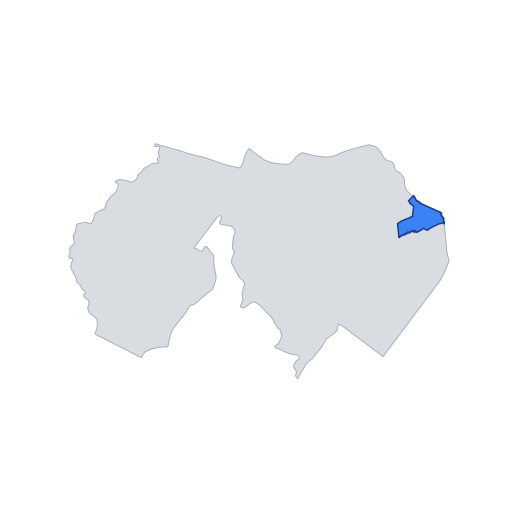 location of Sesheke, Western, Zambia, rotated 217°
{"feature_id": "96606910B16407097160512", "entity_name": "Sesheke", "entity_type": "district", "adm_level": 2, "iso_a3": "ZMB", "parent_name": "Zambia", "parent_adm1": "Western", "projection": "natural_earth1", "projection_center": [23.989, -16.932], "detail": "fine", "context": "in_parent", "style": "filled", "palette": "blue", "viewbox_px": 512, "rotation_deg": 217, "n_neighbors": 0, "source": "geoboundaries", "source_scale": "gbopen_adm2", "svg_char_len": 6863}
<svg xmlns="http://www.w3.org/2000/svg" viewBox="0 0 512 512"><g transform="rotate(217 256 256)"><path d="M326.3,337.6L307.9,337.6L301.2,339.3L295.7,341.9L289.1,346.0L285.3,348.8L284.3,350.3L283.7,353.8L283.7,359.1L283.0,362.9L281.0,366.4L271.1,370.6L264.5,374.1L258.1,378.2L253.3,383.5L249.9,390.0L244.4,398.1L232.9,412.6L226.3,415.3L220.7,414.7L214.0,411.7L208.7,411.1L204.7,413.0L201.1,412.4L197.8,409.3L195.0,408.2L192.7,409.1L189.8,408.9L184.5,407.3L179.9,402.1L177.4,400.0L175.5,399.2L170.0,398.3L157.5,397.1L144.4,399.7L132.9,402.3L121.2,390.8L109.9,378.6L107.5,375.6L103.2,371.5L100.2,369.5L99.0,368.5L95.9,357.7L94.2,347.7L94.0,252.1L145.6,252.1L148.9,251.7L149.0,250.7L146.6,245.6L146.8,243.8L147.4,240.3L149.7,233.4L149.8,231.1L148.8,223.5L148.9,219.3L149.4,210.8L149.1,207.9L150.3,204.1L150.7,201.6L151.2,200.5L150.6,197.6L149.6,187.5L149.0,183.2L152.1,183.9L153.1,186.0L153.7,188.2L155.1,188.4L158.8,189.7L160.0,191.6L160.9,195.6L160.4,197.7L159.2,199.4L160.4,200.9L162.8,201.9L164.3,201.6L168.4,198.8L172.3,197.8L174.2,197.1L182.8,195.2L184.5,194.3L185.6,194.3L186.5,195.1L185.7,197.9L185.5,200.5L186.5,205.3L187.3,207.5L189.1,209.2L190.4,210.0L191.8,211.8L194.8,211.5L201.3,213.9L203.3,215.0L206.0,216.2L208.0,216.6L214.7,217.5L221.8,218.8L225.5,218.9L228.2,218.6L230.0,217.9L231.1,217.1L231.6,216.5L234.3,207.3L235.7,206.6L237.5,206.1L238.5,207.0L239.7,212.7L244.8,217.9L246.5,222.3L247.8,226.0L248.9,227.1L250.9,228.4L254.0,228.8L256.8,228.9L270.6,235.3L272.1,236.5L273.8,239.9L274.8,243.7L275.9,246.8L277.7,247.3L279.3,247.6L280.8,249.7L282.0,251.5L286.1,259.0L286.6,262.0L288.6,264.0L291.3,264.8L293.8,265.0L295.2,264.1L298.8,262.5L301.6,260.7L303.6,260.1L304.8,260.5L305.7,261.7L306.3,265.5L308.2,266.7L309.7,266.2L310.2,264.8L310.3,264.0L310.5,224.8L309.2,225.0L307.6,226.1L303.9,226.3L302.5,227.1L302.0,228.4L302.3,230.0L302.4,232.2L301.8,233.3L300.2,233.7L297.9,232.8L293.7,231.7L290.2,231.0L287.7,228.1L284.3,223.6L282.1,221.4L276.7,216.8L275.8,215.8L274.1,213.6L272.8,210.0L271.4,205.7L270.7,203.0L272.0,198.9L275.2,185.2L276.0,181.0L278.6,176.7L278.8,172.9L277.8,167.9L278.1,165.2L278.5,149.6L277.8,144.7L276.0,139.2L272.2,131.6L272.2,130.0L278.2,125.1L280.0,123.2L283.1,119.2L285.3,115.8L286.6,113.1L287.1,109.5L286.1,106.1L288.2,105.5L337.7,96.7L338.4,99.0L339.8,102.9L341.5,105.8L343.6,108.3L345.4,109.8L346.6,110.2L354.3,110.1L357.0,111.6L359.4,113.5L359.9,116.5L361.5,118.3L363.2,119.8L363.9,120.0L365.2,119.6L367.2,119.6L369.1,120.2L370.0,120.9L370.1,123.4L370.6,124.5L373.2,124.9L375.8,125.1L378.4,126.8L381.1,127.1L384.3,127.8L385.7,129.6L389.1,131.5L393.2,133.2L397.7,135.9L397.8,136.8L398.6,138.4L399.4,139.6L399.4,141.3L399.8,142.9L401.0,143.3L401.9,143.4L402.8,142.2L404.0,142.3L405.3,143.0L405.8,144.8L406.8,147.3L408.5,149.0L409.6,150.6L409.2,153.6L408.5,156.3L410.7,159.0L413.7,161.5L414.4,162.7L414.7,166.4L415.1,167.7L417.1,170.9L418.0,172.9L418.0,174.2L412.5,180.4L409.2,181.3L407.7,182.6L406.9,183.9L408.9,190.1L410.1,192.5L409.1,195.4L406.9,200.5L405.9,200.9L405.7,204.7L406.4,206.1L407.4,207.2L407.8,209.7L407.7,216.1L406.3,223.4L408.6,229.7L409.5,230.4L412.8,230.4L413.4,231.0L412.6,232.8L410.2,235.6L405.9,237.7L399.7,240.1L398.4,242.4L397.6,245.7L398.2,247.7L399.0,248.8L398.8,251.7L398.2,254.8L398.3,257.2L398.0,259.3L397.2,260.4L396.1,263.6L394.8,266.8L393.7,268.3L392.2,269.9L389.7,271.2L389.8,271.8L392.5,273.3L393.2,274.3L393.4,275.0L392.3,276.7L393.5,277.7L395.1,278.5L396.5,280.7L398.2,284.7L398.5,285.1L398.9,285.2L399.9,284.7L401.6,283.1L402.8,282.5L404.3,284.9L378.5,294.9L372.4,296.9L363.4,300.5L360.5,301.8L358.1,303.1L334.2,310.9L330.4,312.5L321.9,316.5L321.7,317.1L321.7,318.9L322.5,322.7L323.9,326.1L325.1,328.1L325.9,333.2L326.3,337.6Z" fill="#d9dde1" stroke="#a8b0b8" stroke-width="1"/><path d="M152.7,356.5L152.8,356.8L152.7,356.9L152.6,357.0L152.6,357.3L152.6,357.5L152.5,357.8L152.6,358.0L152.5,358.3L152.5,358.6L152.4,358.6L152.4,358.8L152.4,359.0L152.2,359.0L152.1,359.3L152.1,359.5L151.9,359.6L152.0,359.6L152.0,359.8L151.9,359.8L152.0,359.8L151.9,359.9L151.9,360.0L151.7,360.2L151.7,360.3L151.6,360.5L151.5,360.8L151.4,360.8L151.3,361.1L151.2,361.2L151.3,361.2L151.2,361.2L151.2,361.3L151.3,361.4L151.3,361.5L151.3,361.8L151.2,361.8L150.9,362.0L151.0,362.0L150.9,362.2L150.9,362.3L150.6,362.5L150.4,362.8L150.5,362.9L150.4,363.0L150.5,363.0L150.4,363.0L150.2,363.2L150.1,363.3L150.1,363.5L150.0,363.8L149.9,363.8L149.8,364.0L149.7,364.1L149.5,364.3L149.4,364.4L149.5,364.6L149.4,364.7L149.1,364.9L149.2,365.0L149.1,365.3L149.1,365.5L149.0,365.4L149.0,365.5L148.9,365.6L148.8,365.8L148.7,365.8L148.8,365.8L148.7,365.9L148.6,366.0L148.5,366.4L148.4,366.4L148.5,366.5L148.4,366.5L148.2,366.6L148.0,366.8L148.0,366.7L148.0,366.8L147.9,366.8L147.8,367.0L147.7,366.9L147.7,367.0L147.6,367.3L147.4,367.3L147.3,367.5L147.2,367.8L147.2,368.0L146.9,368.4L146.6,368.6L146.5,368.9L146.5,369.0L146.4,369.3L146.5,369.2L146.4,369.2L146.3,369.3L146.2,369.5L146.3,369.5L146.2,369.7L146.3,369.7L146.2,369.8L146.2,370.1L146.1,370.3L146.1,370.2L146.1,370.3L145.9,370.4L145.9,370.5L145.7,370.5L145.4,370.5L145.4,370.4L145.3,370.5L145.3,370.4L145.3,370.5L145.1,370.5L144.9,370.7L144.9,370.8L144.8,370.7L144.8,370.8L144.7,370.7L144.7,370.8L144.6,371.0L144.4,371.0L144.2,371.3L144.1,371.2L143.9,371.1L143.7,371.2L143.8,371.3L143.7,371.2L143.7,371.3L143.6,371.2L143.6,371.3L143.4,371.3L143.0,371.4L142.9,371.4L142.6,371.6L142.6,371.8L142.4,371.8L142.2,371.6L141.9,371.8L141.7,371.9L141.6,372.0L141.4,372.1L141.4,372.3L141.4,372.5L139.1,377.6L139.1,378.8L138.9,379.0L138.7,379.1L138.2,379.1L136.1,379.2L135.9,379.4L135.6,379.4L135.4,379.6L135.2,379.6L134.7,379.9L134.6,380.2L134.2,380.5L133.9,382.3L133.3,383.8L132.9,384.6L132.6,385.4L132.4,385.8L131.8,386.9L131.5,387.4L130.9,388.7L130.3,389.8L129.9,390.5L129.0,392.1L128.5,392.7L128.1,393.1L127.8,393.4L125.7,395.3L125.4,395.2L125.8,396.0L126.5,396.3L126.3,396.7L127.3,397.0L127.8,397.3L127.8,397.7L128.2,398.0L128.2,398.3L128.6,398.5L128.5,398.8L129.2,399.3L130.3,399.2L130.4,399.4L131.7,399.5L132.0,399.6L132.2,400.0L132.4,400.2L132.5,400.2L132.9,400.1L133.2,400.2L133.3,400.3L133.3,400.5L133.5,400.8L133.8,400.8L134.1,401.3L134.3,402.0L156.7,396.9L156.8,396.9L156.8,397.1L157.0,397.3L157.3,397.5L157.6,397.2L157.9,397.2L158.4,397.3L158.7,397.5L158.9,397.5L159.7,397.1L160.1,397.0L160.4,396.8L160.5,396.8L161.1,396.9L161.7,397.1L162.3,397.1L162.5,397.1L162.9,397.3L163.6,397.9L163.8,398.1L164.3,398.2L164.5,398.0L165.0,398.4L165.1,398.8L165.3,399.0L165.5,399.0L166.0,398.8L166.5,398.9L167.4,391.9L167.2,391.8L166.8,391.7L165.8,391.4L165.6,391.2L165.4,391.2L165.2,391.1L164.9,390.8L164.6,390.6L164.3,390.6L164.1,390.7L163.5,390.8L163.0,390.8L162.8,390.7L162.6,390.8L162.0,390.6L161.4,390.8L161.2,390.7L160.9,390.6L160.1,390.6L159.9,390.5L154.9,381.7L160.7,371.7L160.8,371.7L162.4,367.0L152.7,356.5Z" fill="#3b82f6" stroke="#1e3a8a" stroke-width="1.5"/></g></svg>